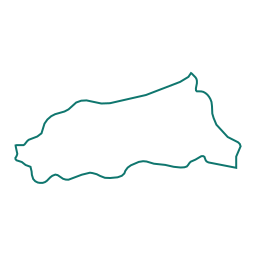 Jijel, Albers equal-area conic projection
{"feature_id": "DZA-2165", "entity_name": "Jijel", "entity_type": "Province", "adm_level": 1, "iso_a3": "DZA", "parent_name": "Algeria", "parent_adm1": "", "projection": "albers", "projection_center": [5.919, 36.73], "detail": "fine", "context": "isolated", "style": "outline", "palette": "teal", "viewbox_px": 256, "rotation_deg": 0, "n_neighbors": 0, "source": "natural_earth", "source_scale": "10m", "svg_char_len": 1345}
<svg xmlns="http://www.w3.org/2000/svg" viewBox="0 0 256 256"><path d="M15.6,145.4L16.8,145.1L23.5,145.1L24.5,144.5L27.2,141.1L28.7,139.8L37.3,136.5L41.5,133.3L44.5,123.6L47.4,119.5L51.2,116.2L55.1,114.2L64.5,111.5L68.5,109.4L76.2,102.5L81.2,100.7L86.5,100.4L101.3,103.5L110.0,103.2L146.0,95.0L180.1,81.9L188.4,76.9L191.0,73.1L192.0,73.8L195.6,77.5L196.5,79.1L196.9,80.8L196.9,83.3L195.9,88.3L196.0,90.4L196.8,91.3L201.2,91.4L203.4,91.9L205.5,93.1L207.4,94.7L209.0,96.7L210.4,99.1L211.5,102.0L212.0,106.2L212.3,113.6L213.6,118.0L216.4,124.7L227.7,137.0L238.1,142.3L239.8,144.0L240.6,146.3L236.2,156.6L236.2,167.8L208.4,162.4L206.5,161.4L205.6,160.1L204.4,156.8L203.1,156.1L201.3,156.2L195.5,159.6L190.7,161.7L189.3,163.2L188.1,165.0L186.8,166.5L184.3,167.3L180.5,167.5L173.7,166.8L165.2,164.9L153.9,163.7L146.5,161.5L143.1,161.2L138.8,161.9L130.9,165.3L127.7,167.6L125.4,170.7L124.3,173.5L121.8,175.8L117.6,177.3L110.1,178.0L104.9,177.8L100.0,175.9L96.7,174.2L92.6,173.1L90.0,172.7L81.8,174.7L68.5,179.7L65.8,179.6L63.1,178.8L57.6,175.1L55.3,174.6L52.3,175.8L50.3,177.3L46.9,180.8L45.0,182.1L42.6,182.9L40.0,182.9L37.7,182.5L35.2,181.2L33.2,179.0L31.9,174.9L31.6,171.5L30.5,166.8L25.6,165.0L21.8,162.0L16.5,160.3L15.5,159.1L15.4,157.9L16.3,156.6L17.0,154.9L17.3,153.8L15.8,146.9L15.6,145.4Z" fill="none" stroke="#0f766e" stroke-width="2"/></svg>